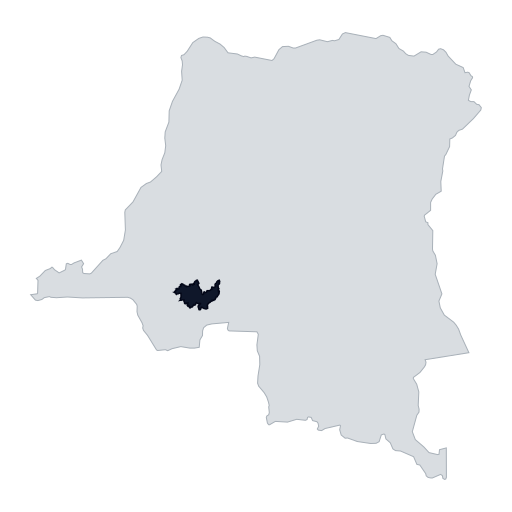 Gungu, Bandundu, Democratic Republic of the Congo shown in context
{"feature_id": "63176286B71176382547280", "entity_name": "Gungu", "entity_type": "district", "adm_level": 2, "iso_a3": "COD", "parent_name": "Democratic Republic of the Congo", "parent_adm1": "Bandundu", "projection": "mercator", "projection_center": [19.308, -5.768], "detail": "fine", "context": "in_parent", "style": "filled", "palette": "ink", "viewbox_px": 512, "rotation_deg": 0, "n_neighbors": 0, "source": "geoboundaries", "source_scale": "gbopen_adm2", "svg_char_len": 9025}
<svg xmlns="http://www.w3.org/2000/svg" viewBox="0 0 512 512"><path d="M468.9,352.7L425.1,359.7L426.0,362.2L425.6,364.8L424.4,366.9L420.0,372.4L413.4,377.4L413.3,378.6L416.7,384.2L418.8,391.9L418.2,405.5L419.1,409.2L419.0,412.1L416.8,415.3L412.3,431.7L415.3,439.6L424.0,447.1L429.0,452.6L437.6,454.6L439.0,454.3L439.5,449.7L446.3,447.9L446.4,477.3L445.8,479.0L444.6,479.4L442.9,478.4L442.4,475.6L440.6,474.4L432.3,478.0L430.2,477.9L427.9,477.3L426.2,475.8L425.7,473.6L419.8,465.0L416.9,464.4L413.6,456.7L400.5,451.0L395.5,450.6L392.9,448.9L390.3,442.8L385.9,438.9L384.9,434.6L384.0,434.0L381.3,434.9L379.1,441.7L376.1,443.3L370.7,443.5L357.2,441.5L347.6,438.0L345.1,438.2L341.2,435.0L339.7,429.8L340.5,425.7L339.8,425.1L325.1,428.5L321.6,430.6L318.3,430.1L317.3,429.0L318.7,426.2L318.0,423.1L316.9,421.7L312.6,420.6L311.2,417.4L308.5,416.9L307.6,417.4L307.0,419.6L305.4,420.3L296.7,419.3L287.5,422.1L275.3,421.4L269.5,424.8L268.6,424.7L267.4,423.0L266.3,417.4L266.9,415.9L268.7,414.8L269.3,412.6L268.7,406.9L269.2,405.5L268.5,402.2L266.7,396.9L264.2,392.7L258.7,386.2L257.6,383.2L258.0,376.0L259.8,364.7L259.6,356.3L257.3,350.8L256.9,344.9L258.3,334.3L256.9,331.8L229.1,330.9L228.0,330.1L227.4,328.6L228.7,322.4L211.8,323.9L206.7,325.1L203.6,327.7L202.6,330.9L202.5,335.5L199.9,339.9L199.2,347.3L194.5,348.1L189.8,348.1L180.8,346.6L172.0,348.7L167.7,350.7L165.4,349.7L157.6,350.5L156.5,349.9L147.5,335.3L143.5,330.4L142.7,328.0L143.1,325.7L142.0,322.7L137.8,315.2L137.0,311.7L137.2,306.2L136.7,304.4L132.9,299.7L130.4,298.1L127.7,297.3L82.4,297.9L67.4,297.0L56.5,297.7L50.9,297.3L49.4,296.6L44.4,297.6L41.8,299.5L37.8,300.6L35.4,300.1L30.7,294.7L37.1,293.8L37.6,293.2L38.0,280.3L36.3,278.4L39.8,276.2L45.3,270.5L50.7,268.4L51.4,267.3L52.5,267.3L54.5,269.7L59.1,272.9L64.9,270.1L65.5,269.3L66.3,263.8L67.7,263.3L70.2,264.5L71.5,264.5L74.1,262.9L81.4,260.1L83.6,263.7L81.6,266.9L82.5,269.2L82.7,272.7L83.9,273.5L89.7,273.9L91.4,273.1L102.9,260.3L105.9,258.8L110.8,253.7L117.2,251.5L120.0,247.5L123.7,240.3L125.4,230.0L124.8,212.3L125.3,209.9L133.0,201.9L141.0,187.4L146.4,183.5L150.5,182.0L156.7,176.7L161.7,171.4L161.0,164.9L162.1,159.6L164.8,152.8L165.7,145.7L164.8,138.1L165.2,131.9L168.9,122.1L169.2,110.8L172.5,101.3L179.1,89.2L182.2,80.2L181.6,71.4L182.5,64.8L182.2,61.0L180.9,57.6L181.5,55.5L184.0,54.7L187.2,51.3L192.8,42.6L198.8,38.4L203.0,37.0L207.4,37.2L210.2,37.9L214.8,41.3L220.1,44.1L224.1,47.5L228.0,52.8L237.4,54.0L241.4,55.9L243.8,56.6L244.8,56.1L246.7,56.4L251.1,57.9L254.7,57.1L272.0,60.5L274.0,58.8L278.9,49.7L282.5,46.6L288.4,46.3L293.1,48.0L295.6,48.0L316.9,40.2L319.7,39.8L327.4,41.7L332.5,40.4L334.5,40.8L338.9,39.5L342.4,34.0L345.4,32.6L376.0,38.6L380.7,35.7L383.0,35.3L389.8,37.4L391.9,40.8L395.9,43.7L398.9,48.5L403.4,51.1L405.7,53.7L408.4,55.4L414.0,56.1L421.1,51.8L426.1,52.2L431.1,54.5L432.8,54.5L436.6,51.9L438.6,49.2L440.6,48.7L443.5,49.8L446.0,52.3L448.1,56.0L455.8,64.2L463.2,67.6L465.0,72.7L467.7,72.2L469.1,72.7L471.0,75.8L472.3,76.5L472.6,77.7L470.7,80.7L469.0,86.4L471.3,89.9L469.4,95.1L468.4,100.3L470.8,101.6L473.9,101.6L476.7,104.3L479.0,104.7L481.3,107.6L480.8,110.0L473.4,118.6L462.5,129.1L458.8,130.4L456.8,132.3L455.5,135.4L452.3,138.0L449.8,139.0L449.6,146.6L445.9,154.4L444.5,156.1L442.5,168.8L442.8,171.0L440.8,181.5L441.2,191.2L435.8,194.3L432.2,199.0L430.6,202.4L430.6,210.3L424.6,215.1L424.2,216.2L425.7,221.8L427.9,222.7L427.9,224.6L432.8,230.6L432.5,249.1L432.8,250.9L435.4,255.3L437.1,263.7L435.2,274.3L441.9,293.9L438.9,301.1L440.3,307.9L444.3,315.1L453.7,322.2L456.2,325.2L458.6,329.1L460.8,335.2L468.9,352.7Z" fill="#d9dde1" stroke="#a8b0b8" stroke-width="1"/><path d="M182.6,284.1L182.2,283.9L182.1,284.0L182.0,283.8L182.0,284.2L181.9,284.2L181.6,284.3L181.4,284.1L181.3,284.4L181.5,284.6L181.3,284.8L181.1,284.7L181.0,284.9L180.8,284.9L180.8,284.6L180.7,284.6L180.4,284.9L180.6,285.4L180.5,285.8L180.7,286.0L180.5,286.3L180.6,286.5L180.4,286.5L180.1,286.6L179.8,286.5L179.4,286.7L179.2,287.0L179.0,287.8L179.0,288.8L178.8,289.0L178.2,289.1L177.7,288.9L177.5,288.5L177.0,288.4L176.9,288.5L176.7,288.8L176.7,289.0L176.4,288.8L176.2,288.9L176.4,289.0L176.2,289.2L176.3,289.3L176.3,289.5L176.5,289.6L176.4,289.6L176.2,289.6L176.2,289.9L176.1,290.2L176.2,290.3L176.0,290.5L175.8,290.5L175.6,290.6L175.5,291.0L175.3,291.1L175.6,291.2L175.4,291.6L175.1,291.7L175.2,291.8L175.1,292.3L174.9,292.4L174.9,292.6L174.7,292.6L175.2,292.9L175.8,293.1L176.0,293.7L176.2,294.3L176.3,294.4L176.8,293.8L177.7,293.9L178.4,293.7L178.7,293.4L179.3,293.2L179.7,293.1L180.2,293.4L181.0,293.3L181.1,293.7L181.0,294.2L181.0,294.7L181.1,295.0L181.0,295.5L181.1,295.8L181.0,296.0L181.0,297.1L180.8,297.8L180.6,298.0L180.5,298.3L180.3,298.4L180.2,298.7L180.4,299.1L180.5,299.8L180.4,300.0L180.1,300.3L180.7,300.2L181.1,300.3L182.7,299.8L183.3,299.9L184.1,300.0L184.2,300.3L184.1,300.7L183.9,300.9L183.9,301.1L184.1,301.4L184.3,302.0L184.7,302.7L184.6,302.9L184.8,303.0L184.7,303.1L184.7,303.4L185.2,303.8L185.7,303.6L185.9,303.4L186.3,303.3L187.1,302.8L187.4,303.0L187.1,303.4L187.1,303.5L187.3,303.9L187.5,303.9L187.9,303.4L188.0,303.3L188.1,305.1L188.0,305.3L187.8,305.2L187.3,304.9L187.2,304.8L187.2,305.2L188.0,306.3L188.3,306.3L189.0,305.9L189.3,305.9L189.3,306.2L189.6,306.5L189.6,307.4L189.5,307.5L189.9,307.9L190.1,307.9L190.4,307.8L191.0,307.2L191.3,307.1L192.4,306.9L192.5,306.8L193.0,305.7L193.4,305.5L193.5,305.0L193.5,304.8L193.7,304.7L193.8,304.6L194.3,305.1L194.6,305.1L194.9,304.9L195.4,304.8L195.5,304.7L195.6,304.0L196.0,303.4L196.0,303.0L196.3,302.7L196.4,302.9L197.1,303.1L198.4,303.7L198.7,303.6L199.0,303.4L199.6,303.3L199.8,303.4L200.3,303.4L200.4,303.6L200.5,303.6L200.5,303.8L200.2,304.0L199.8,304.5L199.1,304.9L198.7,305.6L198.4,305.6L198.3,306.0L198.1,306.6L198.2,307.1L198.5,307.7L198.6,308.2L198.7,308.4L198.8,308.9L199.0,308.9L199.0,309.6L199.5,309.7L199.8,309.8L200.4,309.6L200.6,309.3L201.1,307.7L201.3,307.4L201.7,307.2L201.9,307.2L202.2,307.4L202.4,307.7L202.7,307.8L203.0,307.7L203.4,308.1L204.2,308.6L204.7,308.6L205.6,308.9L206.1,309.0L206.4,308.9L206.7,308.7L207.4,308.5L207.6,308.3L207.3,308.0L207.4,307.8L207.4,307.5L207.6,307.5L207.6,307.3L207.4,307.0L207.6,306.5L207.6,306.2L207.2,305.8L207.6,304.8L207.5,304.5L207.6,304.3L207.8,303.9L208.2,303.8L208.3,303.5L208.6,303.3L208.7,302.9L208.9,302.8L209.2,302.8L209.4,302.6L209.7,302.5L209.8,302.3L210.2,302.2L210.4,301.8L210.7,301.6L210.9,301.3L211.3,301.3L211.7,301.0L212.0,300.7L212.1,300.4L212.4,300.7L212.6,300.4L212.9,300.4L213.1,300.3L213.7,300.4L214.0,299.8L214.5,299.8L214.6,299.7L214.8,299.7L215.0,299.2L215.3,299.1L215.4,298.7L215.7,298.3L215.6,297.9L215.8,297.8L216.0,297.1L216.6,297.0L216.9,296.9L217.1,296.7L217.4,296.6L217.4,296.1L217.5,295.7L217.8,295.4L218.3,295.0L218.4,294.9L218.5,294.6L218.7,294.4L218.8,294.3L218.8,294.0L218.9,293.7L218.8,293.4L218.7,293.2L218.8,293.1L219.1,293.1L219.1,292.6L218.9,292.4L219.1,292.3L219.2,292.2L219.3,291.5L219.1,291.3L219.1,291.2L218.9,291.0L218.7,291.0L218.9,290.7L218.4,290.4L218.4,290.2L218.5,289.8L218.3,289.7L218.5,289.3L218.2,289.4L218.3,288.9L218.5,288.8L218.3,288.3L218.4,288.2L218.7,288.3L219.0,288.2L218.4,288.2L218.2,287.7L218.3,287.3L218.2,286.9L218.8,286.5L218.3,286.7L218.1,286.7L218.1,286.1L218.2,285.9L218.3,285.8L218.5,285.8L218.3,285.7L218.2,285.1L218.5,285.0L218.4,285.0L218.3,284.9L218.5,284.6L218.9,284.5L219.1,284.6L218.9,284.4L219.1,284.2L218.8,283.8L218.9,283.6L219.1,283.6L219.5,283.3L219.6,283.1L219.2,282.4L219.5,282.1L219.4,281.8L219.5,281.6L219.3,281.3L219.5,281.2L219.2,280.9L219.4,280.4L219.3,280.2L218.9,280.3L218.4,280.6L217.9,280.8L217.7,280.9L216.8,281.9L216.5,282.9L216.3,283.1L216.2,283.5L215.5,283.6L215.3,283.9L215.0,284.8L215.0,285.1L215.2,285.7L215.6,285.7L215.7,285.9L215.7,286.2L215.2,286.7L214.2,287.3L214.1,287.6L212.6,287.1L211.8,287.1L211.7,287.4L211.7,287.5L211.7,287.9L211.6,288.6L211.8,289.3L211.1,289.3L210.9,289.5L210.6,290.1L210.4,290.3L209.9,290.4L209.5,290.7L209.0,290.7L207.5,290.7L207.1,290.7L206.8,291.2L206.6,292.1L206.2,292.4L205.8,292.5L205.2,292.5L204.5,291.9L204.1,291.9L203.9,292.2L203.9,292.5L203.7,292.8L203.7,293.1L203.8,293.2L203.6,294.0L203.3,294.4L202.8,294.6L202.5,294.5L202.2,294.3L201.9,293.4L201.8,292.7L201.6,292.4L201.6,291.5L201.2,290.0L200.6,289.7L199.9,289.1L198.6,286.2L197.9,285.3L197.9,285.1L197.6,284.7L197.9,284.5L198.5,283.9L198.8,283.4L198.9,283.2L198.3,282.3L198.2,281.8L198.0,281.5L197.9,281.1L197.4,280.7L197.3,280.4L197.3,280.2L196.4,280.3L196.2,280.5L196.0,281.1L195.5,281.1L195.3,281.2L195.1,281.4L194.7,281.8L194.5,282.2L194.3,283.0L194.2,283.0L193.9,283.3L194.1,283.4L194.2,284.3L192.9,284.4L192.8,284.6L192.9,284.8L192.8,285.1L192.7,285.1L192.2,284.3L192.1,284.1L191.8,284.1L191.6,284.3L191.1,284.4L190.6,284.4L190.2,284.2L190.1,284.3L189.8,284.4L189.6,284.5L189.6,284.8L189.6,285.0L189.7,285.4L189.9,285.7L190.0,285.7L189.9,286.0L189.3,286.3L188.5,286.3L187.8,286.5L186.4,286.1L186.2,286.6L185.1,285.9L184.8,285.2L184.7,285.1L184.2,285.1L183.9,285.2L183.4,284.8L183.2,284.8L183.0,284.2L182.6,284.1Z" fill="#0f172a" stroke="#020617" stroke-width="1.5"/></svg>